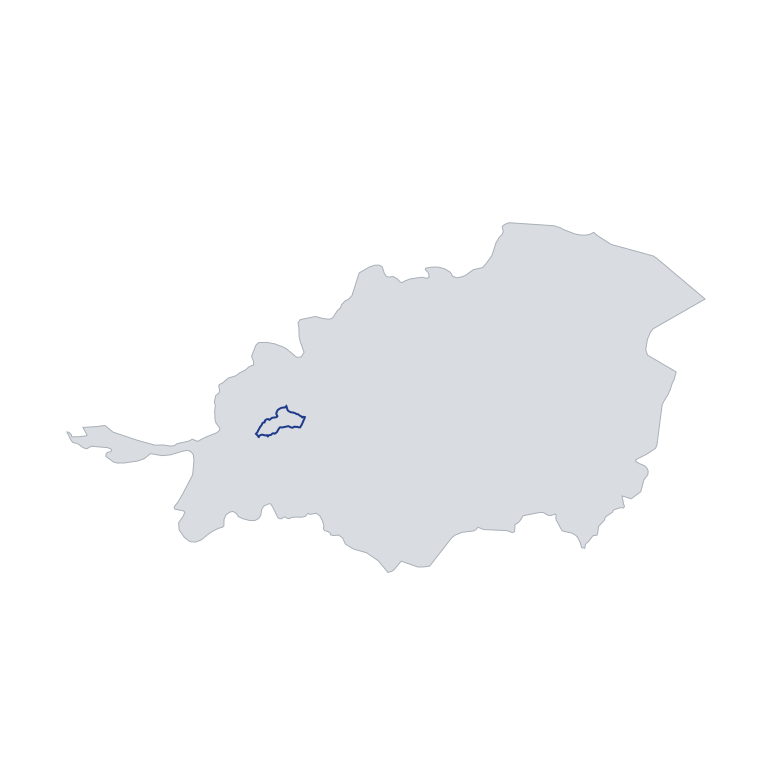 Panjshir highlighted on a map of Afghanistan, rotated 201°
{"feature_id": "AFG-1769", "entity_name": "Panjshir", "entity_type": "Province", "adm_level": 1, "iso_a3": "AFG", "parent_name": "Afghanistan", "parent_adm1": "", "projection": "natural_earth1", "projection_center": [69.851, 35.487], "detail": "fine", "context": "in_parent", "style": "outline", "palette": "blue", "viewbox_px": 768, "rotation_deg": 201, "n_neighbors": 0, "source": "natural_earth", "source_scale": "10m", "svg_char_len": 5400}
<svg xmlns="http://www.w3.org/2000/svg" viewBox="0 0 768 768"><g transform="rotate(201 384 384)"><path d="M339.8,220.2L353.4,219.0L362.7,220.7L367.5,225.5L372.2,226.7L376.9,224.4L379.8,224.0L380.9,225.5L383.3,226.1L386.8,225.9L388.8,227.2L389.3,230.0L391.9,233.6L396.7,238.0L400.9,239.1L406.4,235.7L408.3,236.1L409.2,235.0L409.8,232.5L413.2,230.1L419.3,227.9L422.8,226.0L424.0,224.4L426.1,223.9L428.4,224.4L430.0,223.8L431.2,221.6L433.3,220.8L435.2,221.2L443.6,229.1L446.9,231.5L448.4,231.1L452.6,226.8L453.2,222.8L452.0,217.6L452.8,213.5L455.6,210.3L460.7,208.4L468.2,207.6L472.8,208.1L474.5,209.7L476.8,210.6L479.7,210.8L482.3,208.9L484.7,205.0L484.8,200.2L482.7,194.4L483.3,192.6L487.0,189.7L491.0,185.4L494.9,179.9L498.6,173.1L503.2,168.9L508.6,167.3L515.2,169.1L523.0,174.4L526.0,180.9L524.1,188.6L524.0,192.9L525.6,193.7L534.4,192.2L535.6,193.3L535.6,195.5L534.3,198.7L532.7,207.9L530.1,230.6L533.9,244.1L536.5,249.4L539.1,251.2L541.8,251.8L544.4,251.3L549.7,247.8L557.8,241.4L565.7,237.5L577.1,235.3L580.9,228.5L586.2,223.9L598.2,217.2L604.8,214.6L608.5,214.2L617.7,216.7L618.3,218.8L617.7,221.0L615.1,222.8L614.3,224.2L615.3,225.3L619.0,225.6L634.9,221.0L638.4,216.9L641.8,216.7L648.6,218.5L653.7,217.9L656.5,219.7L662.8,225.6L660.8,226.0L658.0,224.8L656.4,222.8L650.0,225.4L642.9,229.2L643.1,230.1L649.5,235.6L636.3,241.6L630.3,245.0L628.9,245.1L619.9,242.0L594.9,243.0L575.9,244.8L568.5,247.9L561.6,249.4L558.0,251.0L555.7,254.2L545.2,261.2L543.3,263.8L537.5,263.6L531.5,270.4L522.6,278.6L520.8,282.4L522.2,284.4L526.9,287.4L529.0,290.2L532.4,298.1L533.8,303.7L535.8,306.1L537.0,312.7L534.9,316.5L534.9,318.4L537.8,323.5L537.1,325.0L534.9,327.4L531.5,333.8L525.2,338.6L522.6,342.8L518.3,347.5L516.4,351.4L514.5,353.5L512.6,354.7L513.1,356.8L514.8,359.4L517.6,362.4L517.5,374.3L516.0,377.7L508.1,380.9L500.6,382.3L491.3,382.4L487.8,381.9L474.9,377.6L470.9,379.7L470.0,385.0L477.4,393.5L480.4,398.2L483.7,406.2L486.2,410.3L485.3,414.1L472.1,422.5L463.6,423.4L458.3,424.9L455.7,427.0L453.8,435.9L451.9,439.2L452.0,443.1L450.2,447.5L447.5,450.4L445.6,455.0L447.0,478.8L439.3,488.3L435.0,491.7L430.9,493.3L427.5,492.7L423.3,487.3L420.3,485.2L417.3,485.7L414.3,487.6L409.4,486.9L405.3,485.0L403.2,485.2L402.0,487.1L397.6,491.2L386.7,497.4L382.2,497.9L380.3,499.4L381.1,502.0L383.0,504.1L386.4,505.5L386.5,507.2L381.0,510.4L375.3,512.5L368.8,513.3L362.1,512.1L358.7,509.3L354.6,509.1L350.9,511.1L347.0,514.4L341.6,522.7L333.8,527.9L331.8,533.1L329.3,542.5L330.0,556.2L329.0,562.3L327.2,566.4L327.5,569.5L330.1,573.1L329.1,575.4L326.8,578.0L324.7,579.5L281.9,592.7L275.0,593.0L271.4,592.5L259.3,592.5L254.3,593.4L249.2,595.2L245.5,597.5L242.5,600.7L237.5,598.9L221.7,595.7L178.6,600.0L174.5,599.1L114.7,578.4L152.7,531.8L153.8,527.9L154.1,520.2L152.0,510.0L148.4,505.4L115.6,500.0L114.7,492.1L115.2,488.5L114.8,481.7L115.0,476.4L116.6,467.8L116.8,463.9L107.4,425.1L107.4,421.3L113.8,412.4L121.7,403.7L121.4,402.1L117.5,401.2L111.6,401.1L108.5,399.8L106.1,397.3L105.2,393.8L107.0,387.6L105.7,375.5L112.1,365.4L121.7,364.8L117.0,357.3L116.0,356.5L115.6,355.3L116.1,354.0L118.6,353.5L124.5,348.8L124.8,346.1L129.7,339.1L129.4,336.0L132.7,327.8L131.2,322.2L131.0,319.2L134.5,317.3L136.9,309.6L138.2,307.7L138.4,305.8L137.7,302.6L140.9,302.1L143.8,306.1L148.4,310.3L151.4,311.6L155.2,312.2L163.6,310.8L165.4,311.0L174.1,318.4L175.6,320.3L176.2,323.2L177.6,324.1L180.7,321.2L183.7,320.2L189.4,321.1L192.4,320.0L206.9,310.9L208.0,305.1L209.5,301.8L211.4,299.8L209.2,293.1L210.1,291.8L212.0,291.2L216.7,291.2L238.5,283.9L244.2,283.9L245.4,283.2L245.8,281.2L247.4,279.1L257.8,273.6L263.7,268.2L265.9,264.0L276.1,230.4L281.3,227.5L286.7,225.3L304.5,224.7L308.0,214.4L309.6,211.9L312.8,209.5L325.9,216.9L339.8,220.2Z" fill="#d9dde1" stroke="#a8b0b8" stroke-width="1"/><path d="M481.9,289.6L482.2,289.6L483.2,290.5L485.7,291.6L484.9,293.7L484.8,295.8L484.6,296.7L484.3,299.0L484.3,299.6L484.0,300.2L483.6,301.4L483.4,303.6L483.3,304.2L483.0,304.7L482.0,305.2L481.7,305.4L481.7,305.7L481.7,306.2L481.8,306.4L481.9,306.6L482.0,306.8L482.0,307.2L481.8,307.7L481.4,308.3L481.0,308.9L480.3,309.4L479.4,309.7L478.9,309.7L478.5,309.5L478.3,309.4L478.1,309.5L477.4,310.6L477.2,311.1L476.3,312.4L473.5,313.9L472.8,314.3L472.4,314.7L472.1,315.2L472.0,315.8L473.6,317.2L474.0,317.9L474.1,318.4L474.0,321.0L473.8,321.7L473.5,322.3L472.0,324.2L471.4,324.8L470.2,325.6L469.0,326.2L468.7,326.4L468.3,326.6L468.0,326.6L467.9,326.7L467.7,327.0L467.7,327.5L467.3,328.4L466.4,327.4L465.1,325.6L464.6,325.0L463.9,324.7L462.7,324.4L460.9,324.2L458.3,324.9L457.8,324.8L455.9,324.9L455.2,324.6L454.6,324.6L453.8,324.9L453.1,324.9L451.4,324.3L449.4,324.1L448.9,323.7L448.4,323.5L448.0,324.2L447.4,324.5L446.0,324.7L445.9,323.1L446.0,322.2L446.2,316.8L446.6,314.7L446.7,313.5L448.4,312.9L449.6,313.0L449.9,312.8L450.4,312.5L451.0,312.3L452.0,312.3L453.1,311.3L453.4,310.7L453.7,310.5L454.1,310.3L455.9,310.1L458.0,310.4L458.6,310.1L463.5,306.9L465.4,306.4L465.8,305.8L466.0,305.2L466.5,302.8L466.6,301.8L466.7,301.0L467.1,300.1L468.1,298.5L468.7,298.5L469.2,298.5L469.8,298.3L470.1,298.0L470.5,297.6L471.2,296.1L471.5,295.8L472.7,295.2L473.0,295.0L473.1,294.8L473.6,293.5L474.1,293.7L474.2,293.8L474.3,293.8L474.3,294.0L474.3,294.3L474.6,294.4L475.2,294.0L476.8,293.4L479.5,293.1L480.3,292.6L480.8,292.2L481.3,291.6L481.7,291.1L482.0,290.5L482.0,290.1L481.9,289.7L481.9,289.6Z" fill="none" stroke="#1e3a8a" stroke-width="2"/></g></svg>